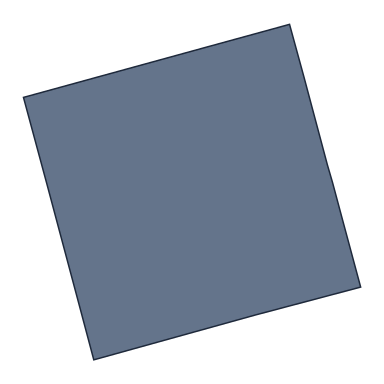 Kingfisher, Oklahoma, United States of America (Albers equal-area conic projection), rotated 255°
{"feature_id": "52423323B31059219556593", "entity_name": "Kingfisher", "entity_type": "district", "adm_level": 2, "iso_a3": "USA", "parent_name": "United States of America", "parent_adm1": "Oklahoma", "projection": "albers", "projection_center": [-97.987, 35.945], "detail": "fine", "context": "isolated", "style": "filled", "palette": "slate", "viewbox_px": 384, "rotation_deg": 255, "n_neighbors": 0, "source": "geoboundaries", "source_scale": "gbopen_adm2", "svg_char_len": 330}
<svg xmlns="http://www.w3.org/2000/svg" viewBox="0 0 384 384"><g transform="rotate(255 192 192)"><path d="M56.5,330.3L128.6,330.2L164.9,330.2L183.2,329.8L274.3,329.9L328.7,329.6L328.2,244.7L327.0,53.7L236.5,53.9L109.5,53.8L55.3,53.7L56.8,221.2L56.7,257.4L56.5,330.3Z" fill="#64748b" stroke="#1e293b" stroke-width="1.5"/></g></svg>